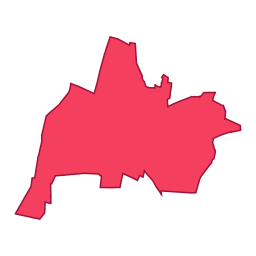 the district of Acolman, México, Mexico
{"feature_id": "50627088B99442443114281", "entity_name": "Acolman", "entity_type": "district", "adm_level": 2, "iso_a3": "MEX", "parent_name": "Mexico", "parent_adm1": "México", "projection": "natural_earth1", "projection_center": [-98.921, 19.637], "detail": "fine", "context": "isolated", "style": "filled", "palette": "rose", "viewbox_px": 256, "rotation_deg": 0, "n_neighbors": 0, "source": "geoboundaries", "source_scale": "gbopen_adm2", "svg_char_len": 5132}
<svg xmlns="http://www.w3.org/2000/svg" viewBox="0 0 256 256"><path d="M240.6,130.0L240.4,125.9L240.4,125.5L225.8,118.8L224.9,119.1L225.6,111.5L223.3,105.4L222.4,105.6L212.7,100.4L213.2,97.9L213.7,96.0L213.9,95.4L214.8,93.7L215.4,92.7L215.1,92.4L214.9,92.3L214.0,92.5L213.1,92.5L210.1,92.5L208.1,92.5L203.9,92.6L202.8,93.8L202.2,94.6L201.6,95.3L200.4,96.6L200.3,96.8L200.1,97.1L199.9,97.3L199.5,96.8L199.5,96.7L199.4,96.5L199.4,96.4L199.2,96.4L199.0,96.5L198.9,96.5L198.7,96.5L198.4,96.5L197.8,96.7L197.4,96.8L197.2,96.9L196.9,96.9L196.5,97.0L196.3,97.0L196.1,96.9L195.9,96.9L195.8,96.7L195.7,96.7L195.4,96.7L195.2,96.6L194.9,96.6L194.7,96.6L194.5,96.8L194.4,96.9L194.1,96.9L193.9,96.9L193.7,96.9L192.6,96.7L192.4,96.6L192.1,96.6L191.9,96.5L191.7,96.6L179.7,101.3L179.6,101.2L179.2,101.5L173.7,103.8L171.6,104.8L169.3,105.9L167.8,106.6L167.3,100.0L167.4,99.5L167.6,99.4L167.9,99.1L169.3,98.5L169.5,98.4L169.7,98.2L169.7,97.9L170.0,96.6L170.2,94.7L170.3,93.8L170.4,92.6L170.5,91.8L170.6,91.0L170.8,90.1L171.0,88.3L171.2,87.3L171.3,86.2L171.4,85.3L171.6,83.1L169.9,82.8L168.9,82.6L168.7,82.6L168.0,82.5L167.8,82.5L168.0,80.2L168.2,77.7L163.9,74.9L163.5,74.7L163.4,74.9L162.9,75.5L162.7,76.0L162.3,76.6L161.9,77.0L161.7,77.4L161.9,77.7L162.2,78.2L162.5,78.3L162.7,78.5L162.8,78.7L162.8,79.0L162.6,79.6L162.3,80.7L162.1,81.3L162.1,81.7L162.0,82.0L161.3,82.8L161.3,83.1L161.5,84.0L161.5,84.3L160.8,86.2L160.8,86.6L160.7,87.1L159.6,86.9L157.7,86.4L156.1,85.9L155.8,85.9L156.0,85.4L155.7,85.2L155.5,84.9L155.2,84.8L155.2,85.0L155.0,85.5L155.1,85.8L155.1,86.1L155.1,86.4L155.1,86.5L155.0,86.8L155.0,87.0L155.0,87.3L154.9,87.6L154.9,87.8L154.6,88.0L154.2,88.0L153.6,87.9L153.2,87.8L152.1,87.8L150.7,87.7L149.8,87.7L149.5,87.8L148.7,87.5L148.3,87.4L148.1,87.3L147.9,87.3L147.3,87.1L147.0,87.0L146.8,86.8L146.6,86.7L146.0,86.3L145.7,85.9L145.4,85.0L145.0,84.1L144.8,83.2L144.7,83.1L144.7,82.9L144.5,82.4L144.4,81.9L144.2,81.5L144.0,81.3L143.9,81.3L143.7,81.1L143.4,80.9L143.1,80.4L142.9,80.0L142.8,79.7L142.7,79.4L142.5,79.1L142.5,78.9L142.4,78.6L142.3,77.7L142.2,77.5L142.2,77.1L142.1,76.4L142.1,75.3L141.9,75.2L141.7,74.7L136.5,63.2L136.3,60.1L136.1,57.7L136.1,57.1L135.7,50.9L135.3,43.5L129.9,42.6L129.5,45.2L117.8,38.9L110.1,36.9L106.4,48.2L105.8,49.8L105.8,50.2L104.3,54.7L104.3,54.8L102.3,62.1L101.6,64.6L100.4,69.1L100.0,70.6L99.3,73.6L97.8,80.1L97.0,83.3L94.1,93.6L79.0,86.6L71.0,83.6L70.8,83.5L70.2,87.6L69.2,91.3L68.5,92.7L63.8,98.6L62.9,99.8L61.9,101.0L59.0,104.8L57.8,105.8L56.5,106.9L53.3,109.7L50.7,111.8L46.3,115.9L41.7,135.3L41.8,141.2L39.1,153.4L38.3,156.1L38.0,156.9L37.9,157.2L37.9,157.7L37.9,158.2L37.7,159.2L37.6,160.2L37.5,160.5L37.4,161.6L36.8,165.0L36.1,169.3L36.0,169.7L36.0,170.2L35.9,170.6L35.7,171.7L35.6,172.4L35.5,172.8L35.4,174.0L35.2,175.0L35.0,176.0L34.7,177.8L34.1,177.9L33.6,177.9L32.9,178.0L32.6,178.0L32.1,178.0L31.8,180.6L31.8,181.1L31.7,181.4L31.6,182.1L31.5,182.9L31.5,183.3L31.4,183.8L31.3,184.6L31.2,185.0L31.1,185.7L31.1,186.0L30.5,187.5L29.6,188.9L29.4,189.3L29.0,190.1L28.2,191.3L27.9,191.8L27.6,192.4L27.5,192.6L27.2,193.0L26.2,194.9L25.8,195.5L25.4,196.2L25.0,196.8L24.6,197.5L24.0,198.6L23.9,198.8L23.7,199.2L23.3,199.9L23.0,200.3L22.4,201.5L21.9,202.4L21.7,202.8L21.5,203.1L21.0,204.0L20.5,204.9L20.2,205.3L20.1,205.6L19.5,206.5L19.0,207.5L18.8,207.8L18.6,208.1L18.3,208.7L18.1,209.0L17.4,210.4L17.3,210.5L15.5,213.5L15.4,213.8L28.6,216.7L33.9,217.9L37.1,218.5L38.0,218.7L39.8,219.1L44.6,213.1L44.9,208.7L45.1,202.1L50.4,203.5L50.9,203.2L50.8,198.8L50.7,196.6L50.9,196.7L50.7,190.1L50.7,189.8L50.6,183.7L51.6,183.8L51.7,183.7L55.3,176.1L55.3,175.8L58.5,175.6L62.0,175.3L64.7,175.1L67.4,174.8L69.9,174.6L71.6,174.4L72.7,174.4L72.8,174.4L73.9,174.2L75.3,174.1L77.7,173.9L79.5,173.8L81.4,173.5L83.0,173.4L84.9,173.4L85.5,173.4L87.5,173.5L90.1,173.6L92.2,173.7L93.5,173.8L95.1,173.8L96.7,173.9L98.3,174.0L98.9,174.1L99.3,174.7L99.7,175.1L100.1,175.5L100.4,175.7L100.8,175.8L101.5,176.0L101.3,178.0L100.8,182.4L100.6,184.1L100.3,187.5L100.6,187.5L109.9,187.6L110.7,187.7L116.2,187.5L120.0,187.4L120.9,182.8L121.2,181.0L122.9,173.5L123.0,173.5L130.5,177.0L132.1,177.7L132.6,178.0L134.0,178.7L135.4,179.4L135.7,179.6L136.7,180.0L137.2,180.3L137.4,180.5L137.7,179.8L138.0,179.2L138.2,178.9L138.7,177.9L138.9,177.2L139.7,175.4L141.9,176.7L143.0,177.2L143.6,174.4L144.0,172.9L144.4,170.7L145.4,172.0L146.6,173.7L146.9,174.0L147.0,174.0L147.3,174.5L148.2,175.5L148.6,176.0L149.0,176.4L149.2,176.6L150.4,177.9L151.1,178.8L151.9,179.8L152.5,180.4L153.4,181.7L153.6,182.1L155.6,185.8L156.4,187.1L157.7,189.0L160.1,192.4L161.1,194.3L161.5,194.7L161.4,194.2L161.3,190.9L166.7,191.3L172.0,191.6L175.8,191.9L180.1,192.1L184.8,192.5L188.7,192.7L189.3,192.8L191.6,192.9L195.8,192.8L199.7,179.1L199.8,178.7L200.1,178.3L200.9,176.6L208.0,167.2L208.6,166.3L210.5,164.1L211.6,162.9L211.7,161.7L212.5,159.7L213.9,158.7L214.5,156.4L215.4,151.5L214.8,149.5L214.3,148.6L212.6,142.3L213.2,139.8L213.6,138.3L214.6,137.8L216.5,137.0L219.6,135.6L219.9,135.6L219.9,135.4L224.0,134.0L226.3,133.2L227.5,132.9L227.5,132.7L230.7,131.9L230.6,132.3L240.6,130.2L240.6,130.0Z" fill="#f43f5e" stroke="#9f1239" stroke-width="1.5"/></svg>